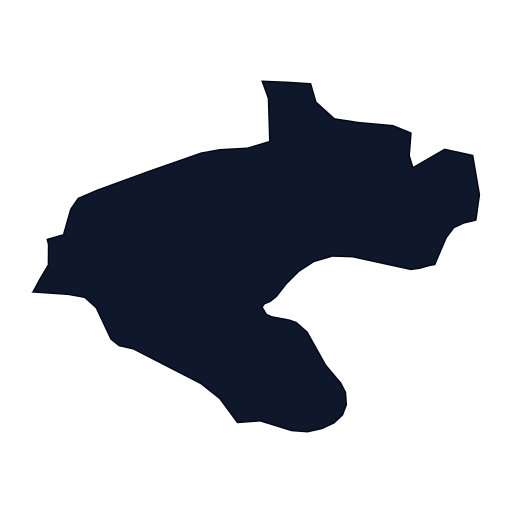 SVG path tracing the border of Bobonaro, rotated 271°
{"feature_id": "TLS-547", "entity_name": "Bobonaro", "entity_type": "District", "adm_level": 1, "iso_a3": "TLS", "parent_name": "East Timor", "parent_adm1": "", "projection": "equal_earth", "projection_center": [125.15, -8.979], "detail": "fine", "context": "isolated", "style": "filled", "palette": "ink", "viewbox_px": 512, "rotation_deg": 271, "n_neighbors": 0, "source": "natural_earth", "source_scale": "10m", "svg_char_len": 1015}
<svg xmlns="http://www.w3.org/2000/svg" viewBox="0 0 512 512"><g transform="rotate(271 256 256)"><path d="M108.9,348.9L98.6,345.2L90.5,336.8L84.7,324.9L81.2,310.7L82.1,294.7L91.3,263.0L89.2,240.4L112.9,222.3L127.5,203.2L161.0,135.1L164.0,120.8L170.4,112.5L201.5,97.2L211.7,85.5L214.4,69.1L216.2,33.7L216.3,33.8L229.7,40.7L243.4,48.6L264.0,48.4L268.9,47.0L273.9,63.2L299.5,70.0L310.5,77.3L319.0,96.2L338.4,146.6L357.9,199.4L361.6,217.9L363.6,245.6L370.7,267.8L413.9,265.7L430.8,259.2L430.2,284.4L429.1,307.6L410.9,313.2L394.5,331.9L391.2,356.0L388.7,390.5L381.6,408.8L359.0,407.4L347.0,411.3L365.9,442.8L360.3,470.9L321.2,478.3L295.8,475.2L292.6,462.9L287.8,453.2L277.8,445.9L254.3,436.3L250.6,434.9L249.6,429.5L246.6,419.7L245.3,411.0L257.0,352.5L257.3,332.3L251.5,313.8L241.4,298.9L228.9,286.8L215.9,277.0L210.9,270.9L208.3,265.1L205.0,262.9L197.9,267.2L195.5,272.5L192.4,290.6L190.1,297.4L180.8,308.4L148.0,327.5L130.4,342.9L121.3,347.8L108.9,348.9Z" fill="#0f172a" stroke="#020617" stroke-width="1.5"/></g></svg>